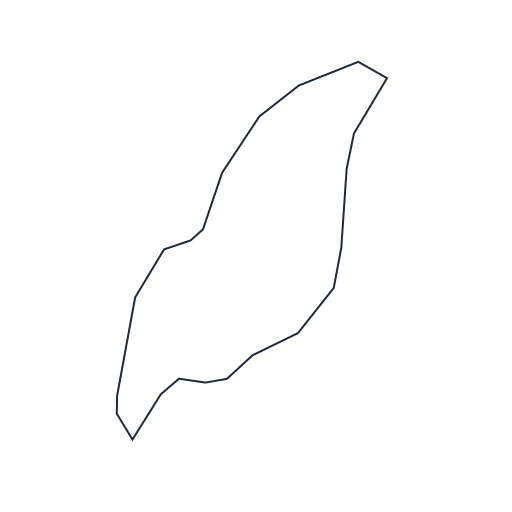 map outline of Dol pri Ljubljani (orthographic projection), rotated 127°
{"feature_id": "SVN-946", "entity_name": "Dol pri Ljubljani", "entity_type": "Municipality", "adm_level": 1, "iso_a3": "SVN", "parent_name": "Slovenia", "parent_adm1": "", "projection": "orthographic", "projection_center": [14.684, 46.097], "detail": "fine", "context": "isolated", "style": "outline", "palette": "slate", "viewbox_px": 512, "rotation_deg": 127, "n_neighbors": 0, "source": "natural_earth", "source_scale": "10m", "svg_char_len": 438}
<svg xmlns="http://www.w3.org/2000/svg" viewBox="0 0 512 512"><g transform="rotate(127 256 256)"><path d="M476.9,244.2L465.7,272.3L451.2,282.8L361.8,327.6L306.0,333.4L282.9,317.6L266.6,314.4L209.8,333.2L142.5,337.3L94.0,324.4L39.4,291.2L35.1,258.4L99.2,251.5L131.8,236.1L197.8,193.0L234.7,174.7L292.3,176.1L337.3,199.0L371.6,205.3L387.5,220.2L400.4,243.7L423.7,248.8L476.9,244.2Z" fill="none" stroke="#1e293b" stroke-width="2"/></g></svg>